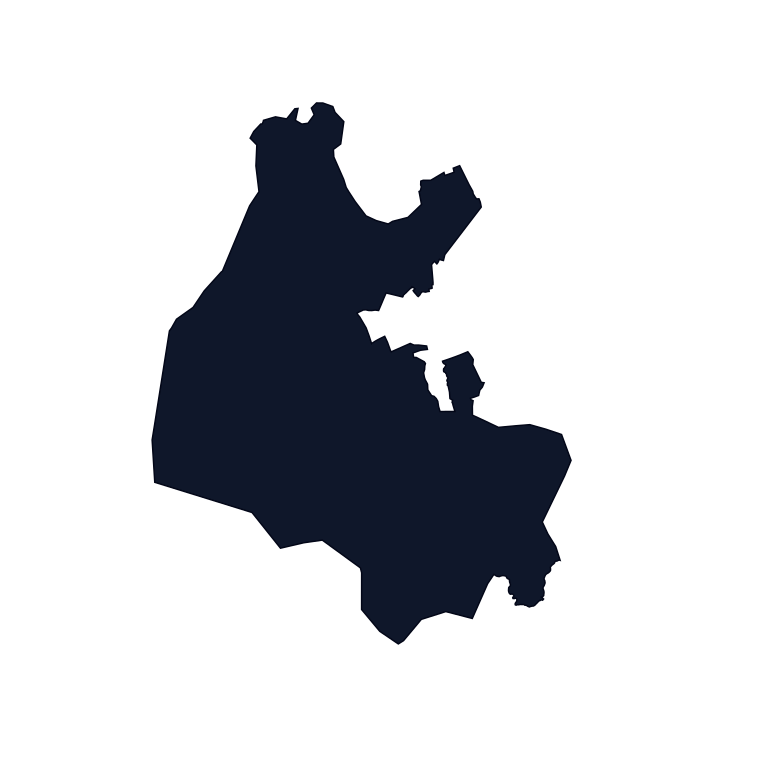 the district of Konduga, Borno, Nigeria, rotated 38°
{"feature_id": "59680162B88504568355174", "entity_name": "Konduga", "entity_type": "district", "adm_level": 2, "iso_a3": "NGA", "parent_name": "Nigeria", "parent_adm1": "Borno", "projection": "robinson", "projection_center": [13.263, 11.671], "detail": "fine", "context": "isolated", "style": "filled", "palette": "ink", "viewbox_px": 768, "rotation_deg": 38, "n_neighbors": 0, "source": "geoboundaries", "source_scale": "gbopen_adm2", "svg_char_len": 5378}
<svg xmlns="http://www.w3.org/2000/svg" viewBox="0 0 768 768"><g transform="rotate(38 384 384)"><path d="M403.5,577.1L418.5,558.5L431.5,545.0L478.6,543.4L482.6,546.5L505.2,575.5L533.0,581.5L555.3,580.0L557.4,574.2L558.3,546.5L572.8,525.3L597.9,514.4L588.6,477.5L587.8,466.4L590.9,466.1L592.5,465.4L593.6,464.6L594.0,463.6L594.7,462.8L595.4,461.9L596.5,461.2L597.3,460.8L598.4,460.3L599.3,460.7L600.3,461.2L601.1,461.3L602.1,461.0L603.2,460.9L604.0,461.8L605.0,462.8L606.4,463.7L607.4,464.5L607.8,465.6L607.6,466.8L607.6,467.6L608.3,468.7L609.1,469.9L610.0,470.8L610.9,471.4L611.8,471.8L612.6,471.9L613.4,471.6L614.1,470.6L614.9,470.4L616.1,470.5L617.0,471.1L617.1,471.8L616.8,472.5L617.0,473.2L617.7,473.6L618.7,473.0L619.3,472.0L620.0,471.6L621.1,471.7L621.9,472.6L622.3,473.7L622.4,474.8L622.4,475.5L622.5,476.1L622.9,476.8L623.5,477.2L624.3,476.9L624.9,475.9L625.8,475.3L626.6,474.4L627.5,473.5L628.6,472.8L629.3,472.1L629.9,471.7L630.9,471.7L632.0,471.0L632.9,470.7L633.8,470.7L634.7,470.5L635.8,470.2L636.4,469.2L637.4,467.9L638.4,467.0L638.9,465.9L639.2,464.5L639.2,463.3L639.5,461.9L639.5,460.7L640.0,458.6L640.5,458.3L640.8,457.2L641.2,457.0L641.6,456.9L642.1,456.7L642.1,455.2L639.3,455.1L640.0,454.1L640.1,452.4L639.3,451.2L638.8,450.3L638.7,450.3L638.3,449.6L637.5,448.8L636.5,448.1L635.6,447.5L634.7,446.8L634.4,445.4L634.3,444.3L633.9,443.0L633.4,441.6L632.4,440.6L631.6,439.9L630.6,439.5L630.0,439.0L629.6,438.0L629.3,437.1L629.0,436.0L628.8,434.8L628.9,433.9L629.3,432.7L629.8,431.6L630.0,430.5L630.1,429.0L629.9,428.3L629.4,427.6L629.0,427.1L628.0,426.2L627.8,425.6L627.8,424.8L627.8,424.0L627.9,423.3L628.1,422.4L628.4,421.4L628.5,420.7L628.5,419.8L628.1,419.1L628.1,418.4L628.3,417.9L629.3,417.1L629.8,415.9L630.5,414.8L631.3,414.5L619.4,406.4L605.5,401.3L593.7,395.3L582.9,345.3L578.4,329.0L576.9,328.1L555.0,314.5L539.3,320.0L523.9,326.3L514.1,335.3L500.9,347.7L480.1,352.4L472.9,354.1L467.3,347.1L464.5,342.3L462.1,342.9L460.9,342.0L463.2,338.7L465.6,334.8L463.3,329.9L463.4,325.9L463.1,324.8L462.1,321.4L459.6,322.8L442.0,314.1L439.3,309.8L437.4,309.0L434.7,308.2L430.2,307.0L426.0,314.4L423.5,318.5L421.3,322.0L418.6,326.2L417.2,328.3L416.1,330.0L417.2,330.8L418.0,331.0L418.9,331.1L420.5,330.7L420.9,330.8L421.3,331.2L421.5,332.4L421.7,334.0L421.7,334.3L421.7,334.6L421.6,334.9L421.6,335.2L421.9,335.7L422.0,335.8L422.2,336.2L422.4,336.5L423.0,337.0L423.3,337.4L423.8,337.5L424.6,337.3L424.9,337.2L425.0,337.2L425.3,337.1L425.6,337.1L426.1,337.6L427.0,337.7L427.5,338.0L427.8,338.4L428.1,338.7L428.4,338.9L428.8,339.2L429.2,339.4L429.8,339.3L430.2,339.5L430.6,339.8L430.9,340.7L431.0,341.3L431.1,341.7L431.1,341.8L431.3,342.2L431.4,342.5L431.5,342.6L431.7,342.8L432.2,343.0L433.0,343.4L433.3,343.6L433.5,343.7L433.6,344.1L433.7,344.7L434.0,345.1L434.8,346.0L435.7,346.0L440.5,350.0L444.7,354.6L445.0,354.9L448.1,354.5L448.4,355.5L448.7,355.9L448.9,356.5L449.6,356.9L450.3,357.0L450.6,357.4L450.9,357.8L456.8,362.0L445.1,371.2L440.9,368.2L437.0,364.5L434.1,363.3L431.0,362.9L428.7,363.9L422.9,361.9L422.0,361.5L418.7,357.6L418.0,357.1L413.9,355.3L411.9,354.0L411.8,353.9L408.3,350.8L407.1,347.6L405.0,344.6L404.0,342.3L402.0,341.7L393.1,343.2L391.0,344.8L387.7,341.7L392.0,334.9L396.9,330.0L394.2,327.8L387.5,331.9L383.6,334.9L379.7,335.9L369.9,354.2L368.7,353.8L361.1,349.0L355.2,346.0L352.9,350.7L351.9,352.9L350.8,355.5L349.3,359.7L349.3,359.8L342.5,355.2L335.4,350.8L323.6,346.1L321.1,345.6L319.0,344.7L322.2,338.3L324.1,336.7L326.5,335.6L329.1,333.7L331.5,331.2L334.5,329.4L333.0,323.7L331.8,319.3L330.7,315.2L329.6,311.0L333.0,309.4L337.4,307.4L344.3,304.3L344.7,304.1L345.1,303.9L345.1,303.5L345.0,303.2L344.9,302.8L344.7,302.6L344.6,302.1L344.6,301.9L344.6,301.5L344.7,301.0L344.8,300.9L344.8,300.7L344.8,300.3L345.0,299.3L345.2,298.5L345.3,297.5L345.3,296.9L345.4,296.1L345.5,295.7L345.6,294.9L345.7,293.9L345.8,293.5L345.9,292.8L346.0,292.0L346.1,291.2L346.1,290.6L346.7,290.9L347.0,289.9L348.3,289.9L349.8,289.9L349.7,291.0L349.4,292.4L349.8,292.6L350.7,292.9L352.0,293.2L353.1,293.4L354.3,293.6L354.6,293.7L355.1,293.8L355.4,293.9L356.1,294.0L357.1,294.0L357.4,292.2L357.1,289.4L357.3,288.0L358.0,287.1L359.0,286.7L360.3,285.9L361.4,284.4L362.6,283.2L361.6,282.3L361.0,281.6L361.9,280.2L362.5,279.6L362.9,278.8L361.1,277.0L361.0,276.6L361.0,276.2L361.1,275.8L361.4,275.5L360.1,273.8L356.9,270.3L348.0,260.7L348.1,256.3L351.7,256.8L351.7,255.1L351.3,253.4L350.9,251.6L352.6,251.1L354.8,250.1L352.3,244.6L351.8,195.7L351.7,184.7L347.9,181.4L344.8,179.6L343.0,181.2L340.8,180.6L337.3,179.3L335.3,177.5L328.4,174.6L309.2,165.4L305.7,171.3L308.9,174.0L303.6,182.2L301.0,180.4L295.4,194.7L289.4,199.4L288.1,201.5L290.3,204.5L292.0,205.6L293.7,209.3L293.1,210.7L303.0,219.4L300.3,238.0L290.6,250.6L288.8,255.3L277.3,260.0L266.3,262.6L261.1,261.2L249.0,258.0L237.9,254.2L233.2,252.4L226.3,247.6L204.7,236.0L199.7,230.3L202.1,221.5L190.8,202.0L178.2,200.1L172.9,196.9L162.9,200.2L157.8,204.1L156.9,211.3L163.2,214.8L163.6,225.3L159.2,229.8L151.9,230.8L146.6,219.8L144.3,222.0L144.1,235.0L134.0,240.3L126.7,250.4L127.3,251.7L127.9,253.8L127.5,254.5L126.8,255.0L125.9,265.2L127.2,272.7L136.6,273.9L148.8,291.0L167.1,309.4L167.8,318.9L168.4,326.3L187.2,394.5L186.8,395.9L185.0,421.3L186.4,441.2L180.6,460.7L182.1,470.7L182.2,474.2L228.0,556.8L235.7,570.8L263.9,602.6L359.1,566.5L403.5,577.1Z" fill="#0f172a" stroke="#020617" stroke-width="1.5"/></g></svg>